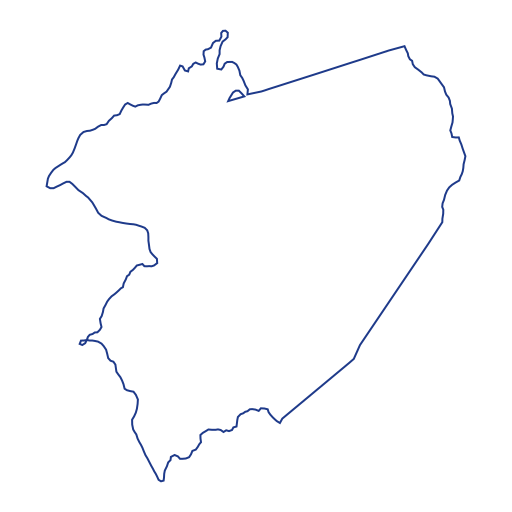 Verdelândia, Minas Gerais, Brazil
{"feature_id": "56859067B9302014521785", "entity_name": "Verdelândia", "entity_type": "district", "adm_level": 2, "iso_a3": "BRA", "parent_name": "Brazil", "parent_adm1": "Minas Gerais", "projection": "equal_earth", "projection_center": [-43.704, -15.563], "detail": "fine", "context": "isolated", "style": "outline", "palette": "blue", "viewbox_px": 512, "rotation_deg": 0, "n_neighbors": 0, "source": "geoboundaries", "source_scale": "gbopen_adm2", "svg_char_len": 4574}
<svg xmlns="http://www.w3.org/2000/svg" viewBox="0 0 512 512"><path d="M46.6,186.3L50.2,188.2L53.6,188.2L56.8,186.6L60.1,185.1L63.2,183.4L66.5,181.8L69.5,181.8L72.3,183.9L75.5,187.1L78.4,190.1L82.9,193.1L86.1,196.0L88.1,197.5L89.9,199.6L92.3,202.4L94.2,205.6L95.9,208.5L98.2,212.8L101.5,215.8L103.9,216.9L106.4,218.0L108.7,219.3L112.0,220.5L116.2,221.7L119.1,222.2L122.5,222.9L126.2,223.5L130.0,224.0L133.6,224.3L136.2,224.8L139.1,225.8L141.4,226.5L144.7,227.8L147.2,230.3L148.2,233.3L148.4,237.1L148.4,240.7L148.9,244.3L149.5,249.0L150.6,252.1L152.4,254.3L154.6,256.6L156.9,258.8L157.2,263.1L154.0,265.5L151.5,266.3L149.3,266.1L146.9,266.3L144.4,266.2L142.4,264.0L139.5,264.8L136.8,265.5L134.8,267.9L132.9,269.9L130.4,271.8L129.2,274.7L127.0,276.2L125.8,279.4L123.7,283.4L122.9,287.2L120.9,288.3L118.8,290.4L116.5,292.5L114.5,294.2L111.6,296.3L109.1,299.0L107.2,301.6L105.5,305.0L103.6,308.4L102.9,312.1L101.7,316.0L99.9,318.9L100.6,323.3L101.5,327.0L99.9,329.8L97.4,332.3L94.7,332.5L92.6,334.0L89.7,334.8L87.9,336.9L86.8,340.0L89.4,340.5L92.1,340.5L94.6,340.9L98.0,341.6L101.5,343.6L103.7,346.1L106.1,349.7L107.1,353.4L108.2,358.1L110.5,360.7L113.4,361.7L115.4,364.6L115.9,368.2L116.4,371.7L118.2,374.3L120.4,377.2L122.1,380.6L123.5,384.2L124.6,388.7L126.9,390.2L130.2,391.1L133.5,391.7L135.9,394.9L137.9,399.5L137.6,404.0L136.9,408.8L135.8,412.7L134.1,416.4L132.1,419.7L132.2,424.6L133.2,429.5L134.7,432.1L136.3,434.4L137.6,438.6L139.4,442.2L141.0,444.9L142.4,447.7L143.9,451.5L145.5,455.2L147.4,458.3L149.4,462.2L151.3,465.9L152.9,468.7L154.2,471.3L155.8,473.9L157.1,476.5L158.6,479.8L161.0,481.3L163.6,480.6L164.0,477.6L164.2,473.8L164.8,470.6L166.9,466.3L168.2,462.4L170.5,460.1L170.9,456.9L174.6,455.0L177.9,456.4L180.0,458.8L182.4,458.8L185.8,458.5L189.1,457.2L191.0,454.3L192.4,450.9L195.8,449.6L197.7,447.0L199.3,444.2L201.0,442.2L200.5,438.5L200.4,435.0L202.9,432.8L205.5,431.3L208.4,429.5L212.0,429.8L215.6,429.8L218.0,429.4L220.7,430.0L223.5,432.0L226.2,430.3L229.0,431.1L232.0,430.0L233.4,427.4L236.5,426.5L236.9,423.3L237.3,420.0L237.9,417.0L240.6,414.2L243.2,413.3L245.2,411.8L247.5,411.2L249.8,409.3L252.2,409.1L255.5,409.6L258.7,410.9L260.9,408.3L264.4,408.5L267.7,409.3L268.6,412.2L270.3,414.6L272.7,417.3L275.0,419.5L276.8,421.1L279.9,423.0L282.3,418.6L349.2,362.9L353.8,358.9L360.0,345.0L428.3,243.8L442.3,222.2L442.4,218.7L443.2,213.8L443.3,209.7L442.2,206.9L442.6,203.3L444.0,199.8L445.2,194.9L447.0,190.6L449.2,187.4L452.1,184.8L455.5,182.6L459.2,180.5L460.4,176.9L461.7,174.3L462.7,171.4L463.3,168.0L463.6,164.2L464.6,160.2L465.4,156.2L464.1,152.6L462.7,148.7L461.3,144.3L459.7,140.6L458.8,137.4L455.9,137.5L452.2,137.0L451.5,133.5L450.3,130.4L451.3,126.6L452.5,122.5L452.8,119.4L453.0,116.5L452.3,113.4L451.9,108.6L450.2,104.0L449.9,100.9L448.6,97.5L446.3,94.7L445.0,91.5L444.0,87.3L441.3,83.6L439.3,80.8L437.7,78.6L434.4,76.7L431.2,76.3L428.8,75.8L426.4,75.3L423.7,74.5L421.7,72.4L418.3,69.7L414.8,67.2L412.8,64.2L412.1,60.8L409.9,59.3L408.3,56.2L407.8,53.3L406.1,49.9L404.5,46.2L388.8,50.5L360.2,59.8L351.7,62.5L316.9,73.7L276.8,86.5L268.6,89.1L264.8,90.4L261.3,91.5L247.4,94.4L247.9,89.4L245.4,85.4L243.6,80.8L242.2,77.9L240.3,75.2L239.4,70.6L237.8,66.9L236.4,64.5L234.3,63.0L232.1,61.9L227.2,62.0L224.7,63.7L223.5,66.7L221.3,69.5L217.2,68.7L216.8,63.4L217.8,58.5L219.6,54.1L219.6,50.2L220.6,46.1L222.6,41.6L225.5,39.4L227.6,37.2L227.8,32.7L225.5,30.7L222.9,30.9L221.2,33.0L221.4,36.7L219.3,40.6L215.8,40.8L213.0,43.0L211.0,47.6L208.0,49.2L205.7,49.6L203.7,51.2L203.5,54.6L204.4,57.5L205.2,61.4L203.4,64.3L200.7,64.6L198.1,63.7L195.7,62.5L193.3,63.8L191.8,66.4L188.8,68.3L188.1,71.4L184.9,70.5L182.6,66.4L180.1,65.6L178.2,69.6L175.5,74.0L173.7,77.3L172.0,79.5L171.2,82.9L169.9,86.8L168.3,89.1L166.5,91.7L164.1,93.3L161.8,95.1L160.1,98.8L158.6,101.6L156.6,103.0L154.1,102.9L151.2,103.6L148.5,104.8L145.6,104.6L142.9,104.5L140.5,104.8L137.9,105.3L135.3,106.6L133.0,105.8L130.4,104.5L127.7,103.0L125.1,104.5L123.1,107.6L121.4,110.5L119.7,114.1L117.1,115.2L114.1,115.6L111.8,118.2L108.9,120.8L106.6,124.2L104.0,125.0L101.2,125.0L98.0,126.7L95.2,128.8L93.0,129.7L90.0,130.7L86.9,131.0L83.5,132.0L80.2,134.9L78.4,138.2L77.3,140.8L76.2,144.0L74.7,148.2L72.9,152.6L71.3,155.3L69.6,157.4L67.1,160.1L64.9,162.2L62.9,163.3L60.6,164.7L58.3,166.2L55.5,168.0L53.4,169.8L51.1,172.8L49.0,176.0L47.9,178.7L47.3,182.2L46.6,186.3ZM244.3,96.4L228.2,101.1L229.6,98.0L231.1,95.6L233.0,92.5L235.7,90.7L238.9,90.7L241.7,93.5L244.3,96.4ZM86.8,340.0L84.0,340.5L81.0,340.6L79.7,343.9L82.3,345.0L85.2,343.2L86.8,340.0Z" fill="none" stroke="#1e3a8a" stroke-width="2"/></svg>